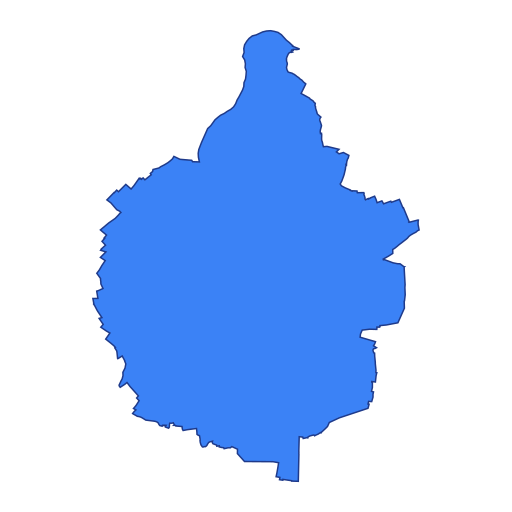 Maastricht, Limburg, Netherlands (Albers equal-area conic projection)
{"feature_id": "6326949B62006643577312", "entity_name": "Maastricht", "entity_type": "district", "adm_level": 2, "iso_a3": "NLD", "parent_name": "Netherlands", "parent_adm1": "Limburg", "projection": "albers", "projection_center": [5.703, 50.858], "detail": "fine", "context": "isolated", "style": "filled", "palette": "blue", "viewbox_px": 512, "rotation_deg": 0, "n_neighbors": 0, "source": "geoboundaries", "source_scale": "gbopen_adm2", "svg_char_len": 5948}
<svg xmlns="http://www.w3.org/2000/svg" viewBox="0 0 512 512"><path d="M237.4,453.6L244.5,461.5L273.0,461.7L278.6,462.7L278.0,466.7L276.9,473.0L276.1,476.7L279.9,477.4L279.5,479.7L282.8,480.2L282.9,479.4L291.7,480.7L291.7,481.1L298.3,481.3L298.9,453.9L298.8,453.5L298.9,451.9L298.8,451.5L299.2,436.7L302.8,437.1L303.2,438.5L307.1,437.6L307.5,437.5L307.8,437.8L308.2,436.8L309.8,436.0L312.3,435.3L313.9,435.0L314.7,435.8L315.0,435.5L318.6,433.9L319.0,433.5L321.1,432.3L320.9,432.8L321.0,432.9L321.7,432.0L325.4,428.6L327.5,426.5L329.3,422.5L339.4,417.8L368.0,408.3L369.1,404.2L368.0,404.0L368.6,401.4L371.7,401.6L373.0,397.1L373.0,394.3L373.5,391.9L371.5,391.4L372.4,387.4L372.4,382.1L371.8,382.1L371.8,381.5L375.4,382.0L376.1,375.6L376.8,372.7L375.9,372.6L375.9,371.2L376.0,370.4L375.3,363.5L375.3,362.3L374.7,356.3L374.6,353.1L373.7,352.8L372.9,350.1L373.5,348.8L375.0,348.5L376.5,347.7L373.5,345.8L374.7,343.9L375.5,341.7L360.1,337.2L360.5,334.0L362.2,330.1L369.7,329.2L376.8,329.4L376.9,328.2L376.9,327.1L379.7,327.1L380.0,326.6L379.9,325.6L386.2,325.0L397.9,322.8L404.4,308.2L404.2,301.2L404.5,300.9L405.2,294.8L404.9,287.6L405.1,284.7L404.1,267.1L404.4,266.8L404.1,266.8L400.1,263.8L397.4,263.7L393.0,262.8L384.6,259.7L383.4,259.8L383.2,259.1L388.4,256.2L392.8,253.4L392.7,249.5L394.7,248.3L397.2,246.3L398.8,244.9L406.0,239.4L407.5,238.1L408.8,236.5L410.4,235.2L413.3,233.5L415.9,232.2L417.6,230.7L419.1,230.0L418.1,224.5L418.1,221.6L418.4,220.1L418.1,220.0L409.0,222.3L408.8,222.1L409.2,221.8L403.4,207.7L402.9,207.8L399.4,199.4L391.4,202.3L390.8,201.2L383.6,203.8L381.9,200.9L377.1,202.7L376.0,199.3L374.6,196.2L370.3,197.9L370.3,198.1L368.4,199.0L368.2,198.5L365.5,199.8L365.0,198.9L365.0,197.6L364.6,196.4L364.5,195.9L363.9,194.7L364.1,193.8L364.0,193.1L363.8,192.6L357.3,192.7L357.0,191.0L352.4,190.8L352.2,191.1L350.3,190.4L350.4,190.0L345.3,187.9L341.4,185.8L340.2,184.0L341.8,181.0L343.5,176.4L344.1,174.6L345.5,168.7L345.4,168.0L346.1,165.3L345.9,164.2L346.0,164.1L346.5,164.6L346.6,163.0L346.9,161.1L347.6,159.0L348.2,158.1L348.9,155.4L343.4,152.5L339.1,153.8L336.4,151.9L339.0,149.3L327.0,146.4L323.4,146.7L322.9,144.8L322.4,142.3L321.7,140.3L321.6,138.6L321.7,134.5L321.5,133.4L321.0,133.7L320.5,133.7L320.2,131.9L320.2,131.5L320.4,129.9L321.4,126.3L321.5,125.5L320.3,121.8L319.9,120.9L319.7,120.0L319.8,119.0L320.0,118.4L320.9,117.1L318.0,114.6L317.5,114.1L317.2,113.6L316.8,112.3L316.9,112.2L316.7,111.7L315.7,108.6L315.5,107.8L315.6,106.9L315.0,105.5L315.0,105.1L315.3,103.3L314.0,102.3L313.6,101.5L312.8,100.7L310.9,99.5L310.0,98.9L309.5,98.1L301.1,93.5L305.8,83.9L304.9,83.1L303.8,82.3L301.7,80.0L300.3,79.2L298.7,77.6L297.0,76.5L295.2,75.0L294.7,74.8L294.0,74.2L293.0,73.8L292.1,73.2L288.8,72.3L287.8,71.7L287.5,70.7L286.9,69.6L286.5,67.4L287.1,64.9L287.3,64.3L287.2,63.9L287.3,63.6L287.2,63.0L286.6,61.3L286.5,60.0L286.6,59.7L286.4,59.0L286.7,57.8L286.9,57.1L288.1,54.3L289.0,53.0L289.8,52.5L290.7,52.3L291.4,52.4L292.1,52.2L291.1,51.7L291.6,50.2L292.9,50.8L293.2,50.5L292.9,49.7L293.1,49.4L296.7,49.6L299.0,49.2L299.1,48.8L292.5,46.2L292.7,45.5L292.2,45.3L289.4,42.6L286.4,40.2L281.4,34.7L278.0,32.4L274.4,31.4L270.6,30.7L266.5,31.0L262.7,31.9L256.2,34.9L252.3,35.9L249.1,38.4L246.8,41.2L244.6,44.8L243.8,48.6L244.1,52.5L242.6,56.5L244.7,60.0L245.4,63.8L245.1,67.5L246.3,71.3L246.0,75.3L245.5,79.1L244.0,82.6L243.8,86.5L242.5,90.1L239.0,96.8L237.1,100.0L235.7,103.6L233.6,106.9L230.7,109.4L227.3,111.3L224.3,113.4L220.6,115.2L217.8,117.4L215.0,119.8L212.8,122.9L210.6,125.9L207.7,128.5L201.5,142.5L198.8,149.5L198.2,153.3L198.4,157.2L199.4,161.9L195.2,161.8L192.6,161.7L191.7,160.3L180.0,159.3L173.9,156.4L172.5,158.8L172.0,159.3L170.3,160.8L167.9,162.7L164.4,164.8L160.7,166.7L158.9,168.0L153.0,169.5L152.6,171.5L150.3,173.4L151.2,174.8L144.9,179.8L143.1,177.9L141.4,179.3L140.7,178.3L139.9,179.0L139.2,178.2L134.0,185.6L131.1,189.0L125.8,184.4L118.5,191.7L116.7,190.1L114.2,192.8L114.0,192.6L106.9,199.9L110.9,202.9L116.5,209.4L116.9,209.8L119.7,211.2L120.9,212.5L119.9,213.3L118.2,215.3L115.2,218.4L111.5,221.0L108.9,222.8L100.4,229.9L102.8,232.0L105.0,233.8L106.5,235.1L104.2,237.9L104.7,238.2L103.9,239.0L104.0,239.1L102.0,241.3L105.5,245.2L101.1,249.2L101.4,249.6L100.7,250.3L105.9,251.9L100.4,257.4L105.2,260.6L101.9,265.5L99.3,270.0L96.8,273.3L100.4,278.3L100.6,278.9L100.5,279.8L100.8,281.4L100.9,284.0L103.0,288.5L98.1,290.7L96.7,291.1L97.9,298.4L92.9,298.5L93.9,304.1L93.7,304.2L94.7,305.7L97.1,310.3L97.9,311.6L101.9,317.6L99.1,318.4L103.2,324.4L100.8,327.2L106.5,331.1L109.9,333.0L105.7,339.1L110.5,342.9L113.7,345.6L115.4,347.4L114.8,347.9L116.6,350.7L116.8,351.3L117.0,352.6L117.5,357.5L117.6,358.5L117.8,358.7L122.2,356.0L124.7,360.6L124.6,360.8L125.8,363.9L125.7,364.5L125.0,368.1L122.9,372.3L123.0,375.6L122.1,379.0L120.9,381.2L119.4,384.5L119.1,385.0L119.1,385.4L119.2,385.9L120.2,387.3L124.8,384.3L127.0,382.5L130.1,386.6L138.4,395.9L136.6,398.0L139.1,400.7L136.1,405.4L133.5,408.5L135.9,409.9L134.3,411.4L132.6,413.5L133.1,413.9L136.5,415.8L137.2,416.3L138.6,416.5L140.5,417.0L142.1,417.8L145.8,420.1L153.7,421.1L155.4,421.4L156.8,421.9L158.2,422.9L158.7,424.0L159.7,425.5L162.1,426.2L162.4,425.4L162.9,425.6L163.0,425.3L164.2,425.4L164.2,425.2L166.1,425.3L165.2,426.5L165.3,427.0L168.6,428.2L169.3,427.2L169.5,424.2L169.7,423.2L171.8,423.2L173.3,422.8L173.6,423.6L174.5,424.8L173.9,425.3L174.5,425.3L175.9,425.7L175.9,426.0L182.0,426.5L182.4,429.2L183.1,430.5L187.2,429.7L196.5,428.5L196.9,432.1L197.0,434.4L198.3,435.3L199.2,435.5L199.5,435.7L200.0,438.4L200.2,440.4L200.0,440.6L200.3,442.6L200.8,444.3L201.1,445.1L202.4,446.9L202.6,447.0L203.2,447.0L204.3,446.6L205.1,446.7L205.5,446.6L206.1,446.2L206.9,445.4L207.8,443.7L208.7,442.5L209.7,441.9L212.5,441.2L212.3,441.8L212.3,442.6L212.9,443.7L216.6,445.1L216.8,446.2L219.2,445.8L219.2,446.9L221.8,447.5L223.7,447.7L224.1,448.7L228.0,447.8L230.4,447.8L231.8,446.6L237.5,449.2L237.4,453.6Z" fill="#3b82f6" stroke="#1e3a8a" stroke-width="1.5"/></svg>